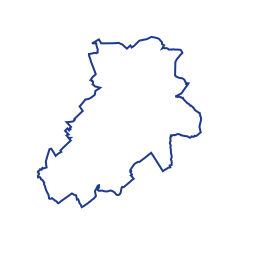 outline of Yauhquemehcan, Tlaxcala, Mexico, rotated 200°
{"feature_id": "50627088B44555224018793", "entity_name": "Yauhquemehcan", "entity_type": "district", "adm_level": 2, "iso_a3": "MEX", "parent_name": "Mexico", "parent_adm1": "Tlaxcala", "projection": "robinson", "projection_center": [-98.182, 19.403], "detail": "fine", "context": "isolated", "style": "outline", "palette": "blue", "viewbox_px": 256, "rotation_deg": 200, "n_neighbors": 0, "source": "geoboundaries", "source_scale": "gbopen_adm2", "svg_char_len": 5577}
<svg xmlns="http://www.w3.org/2000/svg" viewBox="0 0 256 256"><g transform="rotate(200 128 128)"><path d="M122.4,218.1L124.6,218.4L125.4,220.2L129.7,222.5L133.9,222.2L137.2,221.6L139.4,219.3L140.6,218.0L147.2,214.0L150.3,207.4L152.1,204.9L154.0,206.4L156.2,202.2L161.8,204.5L164.1,204.6L165.5,204.9L170.1,202.9L176.7,200.4L179.0,199.5L182.2,198.4L185.6,201.3L190.8,195.2L186.9,196.7L186.6,196.4L186.4,195.7L185.8,194.8L185.4,194.1L184.2,192.5L183.7,192.1L183.2,191.4L183.0,189.8L182.8,189.2L182.3,188.5L183.1,187.8L183.6,187.3L184.6,187.3L185.2,187.1L185.9,186.8L186.7,186.0L188.1,185.3L189.1,184.5L190.0,184.2L189.7,183.4L189.4,183.0L189.2,182.8L189.1,182.5L189.0,182.2L186.6,179.4L185.9,178.2L177.1,168.1L176.7,167.5L177.8,165.3L178.1,165.1L178.8,163.3L179.6,160.1L178.4,159.9L177.8,159.9L177.6,160.1L177.3,160.0L177.1,159.7L176.8,159.6L176.7,159.5L176.2,157.6L176.2,156.9L175.2,156.6L174.7,156.5L174.3,156.5L173.7,155.9L173.4,155.8L172.8,155.8L172.3,155.9L172.0,156.0L171.3,156.0L167.9,156.3L168.5,155.3L170.1,153.4L171.3,151.7L171.2,151.1L171.0,149.9L170.7,148.7L170.6,148.3L170.7,147.8L170.8,147.4L172.5,144.7L174.5,142.3L174.9,141.9L176.3,141.0L176.8,140.7L177.3,140.5L177.8,140.2L178.7,137.5L180.3,132.9L180.9,131.8L176.4,128.5L181.5,118.1L180.8,117.6L181.8,115.4L186.0,113.2L187.7,112.5L181.9,109.5L182.7,107.8L181.6,107.3L182.4,105.5L184.8,106.9L186.2,103.9L181.6,101.6L182.4,101.0L183.2,100.0L181.6,99.1L180.4,98.3L179.4,98.8L178.6,99.1L179.4,97.7L177.5,96.6L181.6,88.6L183.8,83.7L182.5,82.7L184.3,80.7L185.1,79.5L186.0,78.1L186.1,77.7L186.5,77.0L189.1,79.3L193.1,82.3L194.5,81.2L194.2,74.7L193.8,68.7L193.5,67.8L192.4,65.6L191.0,63.1L194.0,60.8L194.8,61.2L194.9,60.8L194.9,60.1L194.9,59.4L195.0,59.2L195.3,59.1L195.9,59.3L196.5,59.1L196.4,58.7L196.7,58.2L196.7,57.6L197.7,56.5L197.8,56.2L197.6,55.7L196.6,54.9L196.1,54.9L195.9,54.7L195.8,54.0L196.2,52.4L196.1,51.7L195.5,50.8L194.1,51.7L193.3,51.4L192.7,50.9L192.4,50.2L192.2,50.0L190.9,50.0L190.2,49.5L189.6,49.3L189.4,48.8L188.0,48.1L187.9,47.1L187.1,45.7L186.3,45.2L185.6,44.3L185.0,43.2L183.2,41.1L181.7,39.6L181.0,39.1L179.7,37.9L179.3,36.9L178.4,35.6L178.1,34.8L177.6,34.7L177.1,34.8L176.5,35.1L175.6,35.6L175.5,36.0L175.2,36.0L174.4,35.8L172.7,35.2L171.9,34.8L171.4,34.9L170.6,34.7L169.3,34.3L169.1,33.9L168.7,33.6L167.6,33.5L165.6,36.8L158.3,47.3L156.2,46.9L153.7,46.9L151.5,43.3L150.9,43.8L150.4,44.0L147.7,40.7L146.0,39.6L144.7,38.1L144.4,37.8L142.8,39.6L142.6,40.1L142.2,40.5L141.4,41.7L140.8,42.3L139.5,44.4L139.0,45.5L138.7,45.7L138.4,46.1L137.3,48.2L137.1,48.5L135.9,50.1L135.3,51.9L135.1,52.2L134.9,53.2L137.1,56.7L137.3,57.1L137.4,57.6L137.3,58.4L136.8,61.8L136.8,62.5L136.7,63.1L136.6,63.4L136.4,63.8L136.1,64.0L135.7,64.3L135.5,63.6L135.1,63.0L135.0,61.9L135.0,61.1L135.1,60.9L135.5,60.1L135.5,59.8L135.2,59.4L134.4,59.1L133.7,59.1L132.9,59.4L131.0,60.3L129.8,60.4L128.9,60.4L126.2,61.1L124.8,62.0L123.3,63.1L122.6,63.4L120.6,63.3L118.7,62.9L116.9,61.8L116.0,61.4L114.8,61.4L114.1,61.8L113.6,62.3L113.1,63.1L112.8,64.5L113.1,66.7L113.3,67.4L113.4,68.7L113.5,70.0L113.4,70.6L112.4,70.7L111.9,71.0L111.6,71.3L107.8,77.9L107.0,79.4L106.6,80.3L105.3,82.2L107.3,83.5L109.1,84.4L108.3,85.5L110.8,87.5L110.2,88.5L110.3,88.8L110.8,88.9L111.3,88.9L111.4,89.5L110.1,95.0L109.3,96.9L108.1,98.4L106.9,99.6L106.6,99.7L105.8,99.9L105.5,100.2L105.1,100.9L101.9,105.8L100.0,109.0L97.8,112.6L94.6,110.3L80.5,99.4L76.6,104.4L74.8,105.5L76.0,107.0L74.4,108.2L74.7,109.4L75.1,110.5L75.3,110.7L75.5,111.3L75.8,112.0L76.0,112.2L76.8,112.8L76.9,113.1L77.0,113.9L76.9,115.3L77.0,115.8L78.3,118.1L79.0,119.2L79.4,119.8L79.6,120.5L79.9,121.3L81.4,124.2L81.7,124.9L81.8,126.0L82.0,126.4L83.1,127.6L83.4,127.9L83.4,128.4L83.7,128.9L83.7,129.3L83.5,129.9L83.5,130.3L83.7,130.6L84.2,131.6L84.4,132.3L85.0,133.6L85.0,134.2L84.9,134.5L84.7,134.8L84.3,134.9L84.3,135.2L84.5,135.4L85.0,135.8L82.2,137.2L81.5,137.2L81.3,137.4L81.2,137.6L80.6,138.1L79.9,138.8L79.6,139.1L78.0,139.6L77.2,139.7L76.1,139.6L75.9,139.3L75.4,139.3L75.1,139.4L75.0,139.5L74.3,139.5L73.6,139.7L72.7,139.7L69.1,140.5L68.2,140.2L67.3,140.2L66.7,140.0L66.2,140.2L65.7,140.8L65.6,141.0L65.4,141.8L65.2,142.0L63.9,141.9L63.7,142.0L63.3,142.2L63.1,142.5L62.8,143.5L62.3,143.5L61.8,143.5L61.1,144.0L60.6,144.6L58.2,148.8L60.9,153.0L61.4,154.0L62.0,159.3L62.1,160.7L62.2,160.9L62.6,161.4L62.6,162.2L63.1,162.8L63.6,163.5L63.9,163.6L63.9,163.8L65.1,165.5L65.4,165.9L65.6,166.0L65.6,166.5L66.0,166.7L66.6,166.6L67.7,166.9L68.7,167.0L69.6,167.3L71.4,167.8L71.7,168.1L71.8,168.2L72.4,169.0L72.8,169.0L73.5,169.3L74.6,170.0L75.9,170.3L76.6,170.6L76.9,170.3L77.0,170.3L77.4,170.4L78.1,171.0L78.5,171.2L79.1,171.3L79.7,171.6L80.0,171.6L80.6,171.5L82.7,172.6L85.7,174.0L86.8,175.1L87.1,174.8L87.3,174.7L88.7,174.9L89.0,175.1L89.3,175.0L89.8,174.8L90.1,174.8L90.8,175.0L91.5,174.6L91.7,174.2L92.1,174.0L92.9,174.1L93.2,174.3L93.6,174.1L93.7,174.4L93.4,174.5L92.7,175.5L89.8,178.5L89.5,179.3L89.1,180.7L88.6,182.8L88.1,184.4L87.5,186.6L86.8,188.9L86.5,190.7L87.0,190.6L87.4,190.3L87.8,189.2L88.1,189.1L88.4,189.1L88.7,189.9L88.8,190.2L89.0,190.4L90.2,191.2L91.0,192.2L91.4,192.5L93.3,193.2L94.0,193.2L97.3,192.6L97.8,192.6L98.4,192.7L99.0,192.8L100.0,192.7L100.5,193.0L101.2,193.3L101.7,193.4L106.0,206.0L105.9,207.8L105.5,209.7L103.7,214.9L103.1,216.0L102.6,217.1L102.7,217.4L105.0,219.3L106.1,219.3L109.5,218.2L110.1,217.9L111.7,217.6L112.7,217.3L113.5,216.7L114.4,216.5L116.0,215.8L116.6,215.6L117.7,216.2L119.0,216.2L119.7,216.0L120.7,215.5L121.2,215.6L121.8,215.5L122.3,215.2L123.0,214.5L122.9,215.0L122.4,218.1Z" fill="none" stroke="#1e3a8a" stroke-width="2"/></g></svg>